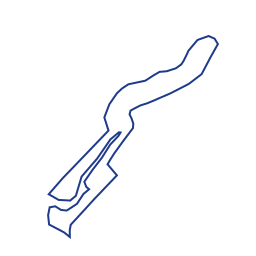 the border of Gambia, rotated 313°
{"feature_id": "GMB", "entity_name": "Gambia", "entity_type": "country or territory", "adm_level": 0, "iso_a3": "GMB", "parent_name": "Africa", "parent_adm1": "", "projection": "albers", "projection_center": [-15.506, 13.438], "detail": "fine", "context": "isolated", "style": "outline", "palette": "blue", "viewbox_px": 256, "rotation_deg": 313, "n_neighbors": 0, "source": "natural_earth", "source_scale": "50m", "svg_char_len": 1001}
<svg xmlns="http://www.w3.org/2000/svg" viewBox="0 0 256 256"><g transform="rotate(313 128 128)"><path d="M25.5,115.2L46.5,114.5L72.0,114.9L99.7,115.3L112.8,115.5L119.6,103.5L132.6,98.2L146.0,96.2L152.9,96.7L160.3,98.5L174.4,108.4L183.2,110.6L190.6,112.8L195.9,117.6L204.3,122.3L211.0,123.6L214.9,122.9L221.4,121.0L225.8,119.5L239.8,118.8L250.2,124.2L252.4,130.3L250.7,136.5L236.8,139.9L217.6,145.1L201.7,142.4L182.3,135.4L170.9,130.4L166.2,128.4L159.2,125.2L153.0,121.7L147.0,119.5L142.5,118.0L139.1,119.8L137.4,124.1L134.8,128.9L131.3,131.7L115.1,133.4L100.5,135.2L92.7,136.6L87.5,137.8L85.8,152.2L69.3,152.0L53.1,151.8L36.3,152.0L18.2,152.1L13.5,155.1L8.6,159.8L8.1,152.6L3.6,136.1L9.8,129.0L16.6,124.8L21.1,128.2L22.4,134.9L25.9,139.5L37.7,142.4L49.5,140.4L56.7,141.3L56.5,137.6L58.9,132.7L73.2,130.6L88.3,129.2L103.8,126.3L115.9,126.4L119.6,125.6L118.7,124.3L107.8,122.9L84.5,126.3L60.8,127.2L42.9,136.1L35.5,135.2L28.1,126.3L25.5,115.2Z" fill="none" stroke="#1e3a8a" stroke-width="2"/></g></svg>